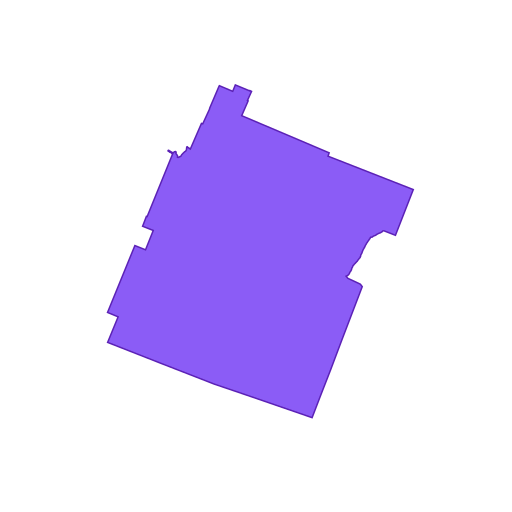 Guaminí, Buenos Aires, Argentina, rotated 246°
{"feature_id": "61730980B37938021690792", "entity_name": "Guaminí", "entity_type": "district", "adm_level": 2, "iso_a3": "ARG", "parent_name": "Argentina", "parent_adm1": "Buenos Aires", "projection": "orthographic", "projection_center": [-62.287, -36.903], "detail": "fine", "context": "isolated", "style": "filled", "palette": "violet", "viewbox_px": 512, "rotation_deg": 246, "n_neighbors": 0, "source": "geoboundaries", "source_scale": "gbopen_adm2", "svg_char_len": 3696}
<svg xmlns="http://www.w3.org/2000/svg" viewBox="0 0 512 512"><g transform="rotate(246 256 256)"><path d="M425.6,290.7L409.8,273.7L409.2,273.4L398.4,261.1L399.3,260.1L380.4,239.5L381.2,239.0L381.4,238.9L381.6,238.8L381.9,238.7L382.2,238.5L382.4,238.3L382.5,238.1L383.0,237.9L383.5,237.8L383.8,237.6L383.8,237.2L383.6,236.9L383.2,236.8L382.9,236.6L382.5,236.3L382.2,236.1L381.8,235.9L381.5,235.8L381.3,235.7L381.2,235.5L381.1,235.4L380.9,235.0L380.6,234.7L380.4,234.3L380.3,233.8L380.3,233.3L380.2,233.0L380.0,232.6L379.9,232.2L379.7,231.7L379.5,231.1L379.4,230.8L379.2,230.5L379.0,230.0L378.9,229.6L378.8,229.4L378.5,229.0L378.3,228.7L378.0,228.4L377.8,227.9L377.6,227.6L377.7,227.3L377.8,227.0L377.8,226.8L377.7,226.4L377.6,226.1L377.6,225.7L377.6,225.4L377.7,225.0L377.8,224.8L378.0,224.5L378.3,224.4L378.5,224.6L378.7,224.8L378.9,225.0L379.2,225.1L379.5,225.0L379.8,225.0L380.2,225.0L380.7,224.9L381.0,224.9L381.3,224.8L381.8,224.6L382.2,224.6L382.6,224.8L382.9,225.0L383.2,225.2L383.5,225.3L383.8,225.1L384.2,224.9L384.2,224.5L384.4,224.0L384.3,223.5L384.2,223.0L384.0,222.6L383.9,222.2L383.7,221.7L383.7,221.4L384.0,221.1L384.3,221.2L384.5,221.4L384.7,221.6L384.9,221.4L385.1,221.1L385.4,221.0L385.8,220.8L385.9,220.6L386.2,220.3L386.7,220.1L387.0,220.0L387.1,219.7L387.6,219.5L387.9,219.4L388.2,219.1L388.2,218.8L388.1,218.6L387.9,218.4L387.6,218.4L387.3,218.5L387.1,218.7L386.8,219.0L386.5,219.3L386.2,219.4L385.9,219.4L385.7,219.6L385.5,219.9L385.3,220.1L384.9,220.4L384.6,220.6L384.3,220.7L383.9,220.8L383.6,220.9L383.4,221.0L383.2,221.1L383.1,221.3L336.3,172.6L336.8,172.0L329.3,164.5L321.1,172.5L306.6,157.6L314.8,149.6L264.8,97.4L256.5,105.3L237.4,85.3L196.6,125.5L155.9,165.8L132.5,191.1L85.5,241.5L102.6,258.6L121.8,278.0L145.1,301.0L184.8,340.6L187.8,339.9L198.3,330.8L200.9,330.1L200.9,330.4L200.9,330.8L200.9,331.1L200.9,331.6L201.0,331.9L201.1,332.5L201.4,333.1L201.6,333.5L201.9,334.1L202.3,334.5L202.8,334.8L203.0,335.2L203.2,335.6L203.5,336.2L203.8,336.6L204.2,337.1L204.6,337.6L205.0,337.9L205.5,338.3L206.0,338.7L206.4,339.3L206.7,339.7L207.0,340.0L207.3,340.3L207.6,340.6L207.8,340.8L207.9,341.3L208.0,341.6L208.2,341.9L208.5,342.4L208.7,343.0L208.9,343.5L209.0,343.9L209.3,344.2L209.4,344.8L209.7,345.3L209.9,345.8L210.0,346.3L210.3,346.7L210.6,347.2L210.9,347.6L211.0,348.0L211.2,348.4L211.4,348.7L211.7,349.1L211.9,349.5L212.0,350.0L212.3,350.5L212.6,350.8L213.0,351.0L213.3,351.6L213.7,351.8L214.1,352.0L214.5,352.3L214.8,352.8L215.1,353.3L215.4,353.6L215.7,354.0L215.9,354.3L216.3,354.5L216.7,354.8L217.0,355.2L217.3,355.6L217.8,356.0L218.0,356.3L218.4,356.7L218.6,357.0L218.9,357.6L219.4,358.0L219.6,358.3L219.6,358.6L220.0,358.9L220.3,359.2L220.4,359.4L220.7,359.8L221.0,360.0L221.3,360.4L221.5,360.7L221.7,361.0L221.8,361.2L222.0,361.5L222.3,361.8L222.6,362.1L222.8,362.4L223.0,363.0L223.3,363.4L223.6,363.7L223.8,364.1L224.0,364.5L224.3,364.9L224.4,365.1L224.5,365.3L224.6,365.6L224.8,365.7L224.9,365.9L225.0,366.1L225.2,366.4L225.4,366.6L225.4,366.9L225.6,367.3L225.8,367.5L226.1,367.7L226.4,368.1L226.5,368.3L226.5,368.6L226.4,368.9L226.2,369.2L226.0,369.5L226.1,370.0L226.1,370.3L226.3,370.8L226.4,371.4L226.4,371.7L226.4,372.1L226.3,372.6L226.3,373.0L226.3,373.5L226.3,373.9L226.4,374.4L226.5,374.6L226.6,374.8L226.6,375.0L226.7,375.5L226.6,376.0L226.7,376.5L226.8,377.0L226.7,377.5L226.7,377.9L226.7,378.3L226.6,378.8L226.6,379.1L226.7,379.8L226.8,380.4L226.8,381.0L227.1,381.5L227.3,382.0L227.2,382.5L227.1,382.8L227.0,383.1L218.2,391.8L252.7,426.7L317.9,362.4L320.5,364.8L390.0,300.0L400.9,311.9L401.5,311.4L408.2,318.9L409.6,317.7L409.4,317.4L420.7,306.7L415.9,301.7L426.5,291.8L425.6,290.7Z" fill="#8b5cf6" stroke="#5b21b6" stroke-width="1.5"/></g></svg>